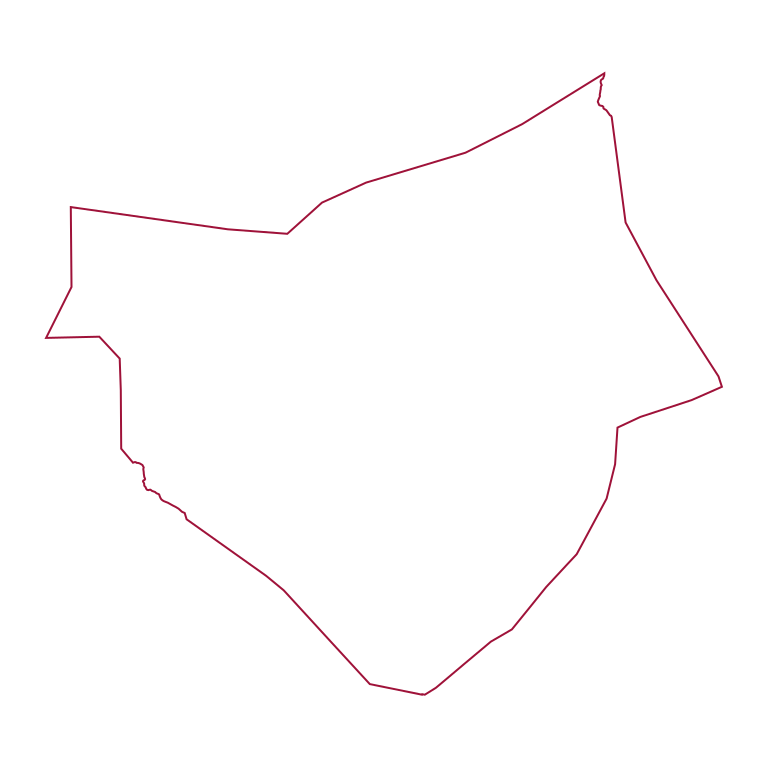 outline of Dariganga, Sühbaatar, Mongolia
{"feature_id": "93677404B32631495823652", "entity_name": "Dariganga", "entity_type": "district", "adm_level": 2, "iso_a3": "MNG", "parent_name": "Mongolia", "parent_adm1": "Sühbaatar", "projection": "albers", "projection_center": [114.125, 45.442], "detail": "fine", "context": "isolated", "style": "outline", "palette": "rose", "viewbox_px": 768, "rotation_deg": 0, "n_neighbors": 0, "source": "geoboundaries", "source_scale": "gbopen_adm2", "svg_char_len": 1889}
<svg xmlns="http://www.w3.org/2000/svg" viewBox="0 0 768 768"><path d="M70.8,207.1L71.5,287.0L46.1,337.9L99.3,336.7L119.7,358.6L120.8,390.4L121.2,448.7L133.0,462.7L134.6,462.1L135.7,462.1L136.5,462.8L138.5,463.0L140.1,463.6L142.4,465.0L143.7,467.4L143.3,469.0L143.5,470.6L143.7,472.0L143.8,473.8L144.3,477.0L144.9,478.3L145.1,479.1L144.6,479.9L143.5,480.4L143.1,480.9L143.0,481.3L143.3,482.0L143.8,482.8L144.1,483.4L144.2,484.2L144.2,485.2L144.6,486.2L145.6,487.2L146.2,488.8L147.2,489.9L147.9,490.0L148.5,490.1L149.4,489.8L150.4,489.7L151.0,490.1L152.0,490.9L155.1,492.0L156.3,493.1L157.1,493.5L158.7,494.1L159.2,494.6L159.5,495.6L160.2,497.4L161.0,498.9L161.7,499.7L163.5,501.0L165.7,501.9L167.8,502.7L172.8,505.5L175.6,506.9L178.6,508.7L182.0,511.8L184.7,513.0L186.6,519.3L266.1,575.8L283.7,590.3L332.1,643.1L369.8,684.1L422.0,694.7L422.2,694.2L424.8,694.7L435.9,687.8L443.9,681.1L464.4,663.8L490.9,641.6L511.9,629.4L529.5,607.7L546.2,587.0L566.9,564.7L576.7,554.2L583.5,541.6L606.6,498.6L615.1,464.2L617.5,427.6L640.4,416.9L691.6,400.1L718.5,388.3L721.9,386.8L718.5,376.4L656.5,280.3L625.6,222.5L611.7,117.1L611.1,115.8L609.9,115.2L609.2,114.2L606.7,110.7L606.3,110.2L605.2,109.5L604.3,109.0L603.7,108.6L603.5,108.3L603.4,107.8L603.4,107.2L603.3,106.8L602.4,106.0L601.8,105.9L600.6,105.6L599.4,105.2L598.9,104.6L598.7,103.8L598.5,103.3L598.1,102.6L597.8,101.7L598.3,100.1L599.0,98.4L599.8,96.6L600.0,96.0L599.7,95.2L599.8,94.3L600.1,92.8L600.3,91.6L600.4,90.4L600.7,89.7L600.7,88.9L600.8,88.2L600.8,87.2L600.9,86.7L601.1,86.1L601.4,85.6L601.7,85.1L600.9,83.3L600.6,81.9L600.7,81.1L600.8,80.7L601.1,80.0L601.5,79.6L602.1,79.2L602.8,78.8L603.2,78.3L603.3,77.8L603.4,77.3L603.6,76.8L604.0,76.2L604.1,75.9L604.2,75.2L604.3,74.4L604.3,73.3L522.2,124.1L465.5,152.7L366.1,182.6L322.0,202.6L287.3,233.8L227.8,229.3L181.1,222.7L70.8,207.1Z" fill="none" stroke="#9f1239" stroke-width="2"/></svg>